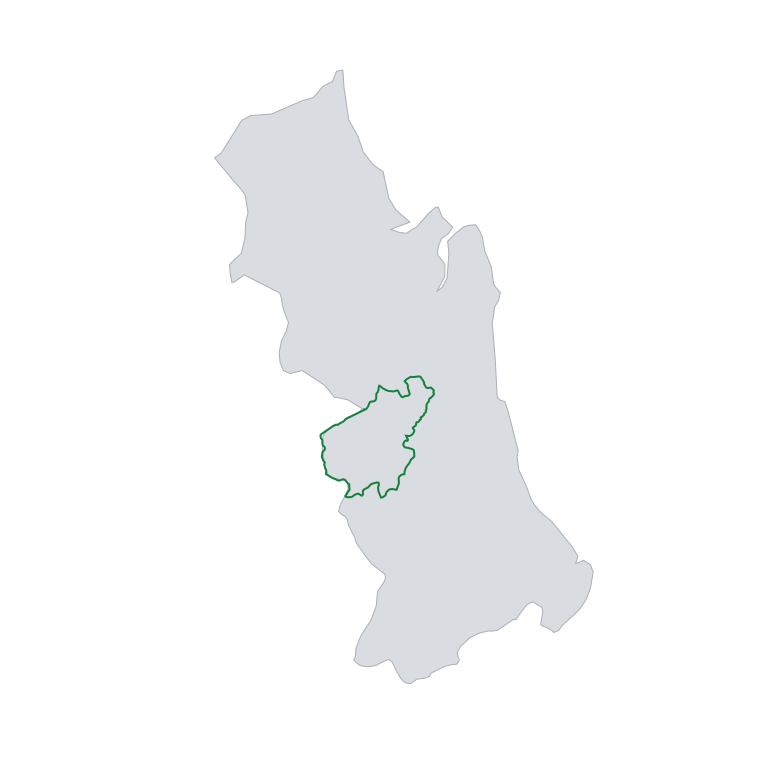 location of Castelo Branco within Portugal, rotated 152°
{"feature_id": "PRT-751", "entity_name": "Castelo Branco", "entity_type": "District", "adm_level": 1, "iso_a3": "PRT", "parent_name": "Portugal", "parent_adm1": "", "projection": "robinson", "projection_center": [-7.603, 39.986], "detail": "fine", "context": "in_parent", "style": "outline", "palette": "green", "viewbox_px": 768, "rotation_deg": 152, "n_neighbors": 0, "source": "natural_earth", "source_scale": "10m", "svg_char_len": 5570}
<svg xmlns="http://www.w3.org/2000/svg" viewBox="0 0 768 768"><g transform="rotate(152 384 384)"><path d="M297.2,107.2L306.1,99.3L315.0,94.2L319.9,92.3L340.3,87.0L345.6,84.4L350.6,84.8L351.5,87.3L354.3,92.3L357.6,95.7L358.5,98.2L350.5,108.8L349.4,112.4L353.5,119.3L354.3,121.3L356.3,122.2L361.8,121.9L371.6,117.5L378.2,113.9L380.5,115.4L399.8,113.3L404.4,115.0L407.4,116.8L416.9,119.4L427.2,119.7L440.0,116.1L445.6,112.5L446.6,108.5L446.9,105.5L448.6,103.6L451.5,102.5L456.0,104.5L462.5,106.1L478.1,106.7L481.2,104.5L486.5,105.2L493.5,107.9L501.5,107.0L505.6,110.4L507.3,115.0L507.8,124.8L507.3,134.7L508.9,138.4L514.4,139.3L523.2,139.2L531.1,141.9L537.3,146.6L539.4,151.4L540.3,154.7L537.2,156.6L533.0,163.7L522.3,172.9L506.8,181.3L495.1,191.6L487.0,204.0L476.8,209.3L473.7,212.1L472.5,215.5L479.3,230.7L481.4,242.4L483.1,256.8L482.1,260.8L481.6,276.6L480.0,281.3L480.4,285.0L482.9,289.0L484.0,292.9L479.4,297.8L470.9,303.5L464.6,308.6L462.9,313.3L463.3,316.2L474.0,326.2L476.0,330.2L474.5,340.1L468.4,356.4L462.6,366.3L461.6,367.3L454.8,370.1L422.6,370.2L414.8,372.4L415.9,374.4L423.5,387.1L431.4,393.9L434.0,395.4L436.9,410.3L449.7,434.1L462.1,437.4L466.5,443.3L465.7,451.7L461.9,460.8L454.3,470.2L445.2,476.8L439.3,483.4L438.8,491.0L436.9,500.7L434.1,508.3L433.4,513.5L456.2,545.9L468.9,544.3L470.6,545.1L468.3,552.8L464.3,561.9L459.5,563.6L448.6,566.4L438.3,578.1L430.0,592.1L423.7,598.9L417.9,615.7L418.7,622.9L421.5,634.1L427.4,663.2L418.9,664.5L385.9,683.6L375.7,683.6L356.6,675.2L322.9,672.5L311.9,670.1L298.1,675.5L287.5,675.4L279.1,682.4L273.0,680.5L280.0,664.8L291.1,633.8L290.7,614.9L293.4,598.4L290.5,582.1L285.1,571.9L292.6,545.6L291.8,532.0L285.1,514.8L305.6,517.4L299.3,510.6L293.1,506.4L287.1,507.4L281.9,507.1L264.4,513.8L255.7,515.8L253.1,514.6L254.2,504.0L249.7,490.2L256.7,486.5L264.9,485.5L271.8,479.6L276.1,473.0L273.9,461.3L280.0,450.2L294.1,440.8L286.8,442.2L278.4,448.1L265.2,469.3L260.8,480.1L249.6,483.6L239.5,485.3L234.4,484.2L228.2,481.5L227.7,473.5L228.3,467.2L232.5,454.6L234.3,436.8L240.3,420.9L239.9,416.6L238.3,410.3L243.6,404.1L250.2,400.0L260.1,386.4L274.1,353.8L290.2,319.3L289.0,315.1L285.6,311.9L287.0,302.7L296.8,262.4L300.7,257.1L305.2,245.3L306.4,226.3L308.2,213.1L307.8,206.5L306.4,198.6L300.4,183.5L294.2,151.5L293.8,140.8L299.1,135.4L290.5,134.6L286.6,127.7L287.5,119.9L297.2,107.2Z" fill="#d9dde1" stroke="#a8b0b8" stroke-width="1"/><path d="M471.5,303.1L470.3,303.3L466.2,305.8L464.4,306.6L463.6,307.6L462.7,310.3L461.8,311.7L462.6,313.4L463.3,317.4L464.5,318.9L465.6,319.3L468.2,319.6L469.2,319.9L470.2,320.8L471.5,322.7L473.7,325.2L477.5,331.7L475.9,334.3L475.4,335.5L475.6,336.8L475.3,337.8L474.7,340.7L474.4,341.2L473.5,341.9L473.2,342.4L473.2,343.1L473.6,344.2L473.5,344.8L473.4,345.9L473.3,347.8L473.0,349.0L470.6,352.4L469.7,352.9L467.5,353.7L466.7,354.3L466.1,355.9L466.2,357.2L466.6,358.2L466.8,359.2L466.4,360.3L465.3,362.3L464.8,363.4L464.8,364.5L465.1,365.2L465.2,366.1L464.1,368.6L462.7,369.2L448.6,370.8L445.6,370.7L443.5,369.5L441.9,370.0L438.1,369.9L436.3,370.2L434.7,370.9L433.4,371.2L412.7,370.3L412.8,370.6L411.9,370.2L409.9,370.9L408.3,371.9L407.0,373.1L404.9,374.7L403.3,374.4L401.7,373.6L399.5,373.5L397.9,374.6L396.7,376.5L395.8,378.3L395.2,379.1L393.3,379.8L391.7,381.4L390.4,383.3L389.0,384.7L388.1,383.5L387.4,381.4L387.0,380.6L385.0,377.6L383.0,375.4L381.2,374.4L379.8,373.3L377.9,372.6L376.7,372.5L375.7,372.2L375.0,371.9L374.8,370.9L374.9,369.1L374.9,367.3L374.7,366.5L374.7,365.6L374.5,364.7L374.2,364.0L373.6,363.5L371.3,363.5L368.3,362.4L366.3,362.8L365.8,363.6L364.7,369.6L363.9,370.8L363.5,372.3L363.5,373.6L364.2,375.4L364.3,376.2L364.4,376.8L362.3,377.5L359.0,377.8L356.9,377.7L354.5,376.2L349.2,374.2L348.3,372.7L347.9,368.5L347.9,366.3L348.6,365.2L348.4,363.0L348.5,362.5L348.5,361.8L348.4,361.3L348.0,360.6L347.4,360.0L346.3,359.5L345.1,359.2L344.1,358.6L343.6,356.8L343.1,355.5L343.1,354.9L343.8,353.9L344.4,353.4L344.4,352.7L344.4,352.1L344.9,351.5L345.4,351.0L349.7,349.7L350.6,349.8L351.2,349.4L352.0,348.3L352.8,347.4L353.7,347.1L354.5,346.9L355.4,346.3L356.4,345.5L358.2,342.0L359.7,340.6L360.0,339.9L360.7,339.4L361.1,339.2L362.4,339.0L363.5,337.8L365.6,337.3L367.2,337.3L367.6,336.9L367.7,336.3L367.9,335.7L368.4,335.5L369.7,335.4L370.3,334.8L370.7,334.6L371.6,334.4L372.2,334.5L372.8,334.7L373.2,334.9L373.7,334.6L375.0,332.8L375.7,332.4L376.4,332.3L378.2,332.2L379.2,331.7L379.3,331.1L378.9,329.5L379.2,328.5L380.4,327.3L382.6,326.2L384.0,326.0L385.2,326.0L386.0,326.2L386.9,326.6L388.8,328.0L389.0,325.7L388.9,323.8L389.4,323.1L389.8,322.8L390.3,322.9L390.5,323.3L390.8,323.7L391.5,323.9L392.5,323.8L394.4,322.6L395.2,321.8L395.6,321.2L395.6,320.5L395.6,319.8L395.5,319.0L395.0,317.9L392.4,316.1L390.8,314.3L389.8,313.5L389.3,312.7L388.8,311.3L389.1,310.4L391.2,305.8L393.1,305.1L394.7,304.9L395.8,304.4L399.4,301.9L402.0,300.9L404.5,299.4L406.6,297.4L408.4,294.8L410.8,295.7L414.0,295.1L414.9,294.3L415.6,293.5L416.3,291.9L416.5,291.1L417.8,289.0L422.6,284.7L426.3,287.6L428.6,288.3L429.6,288.2L432.7,287.4L434.8,285.1L435.5,285.0L436.5,284.8L438.1,284.6L438.9,284.7L440.0,285.1L439.2,292.0L438.0,295.1L437.3,296.0L436.5,296.8L435.5,298.0L435.2,298.9L435.3,299.6L435.7,300.0L436.3,300.3L436.9,300.4L437.9,300.8L439.9,301.2L442.4,301.7L446.7,300.2L451.2,300.2L452.5,299.8L453.1,299.2L453.4,298.3L453.8,297.4L454.4,296.5L455.4,295.7L456.0,295.9L456.6,296.4L456.9,297.2L457.9,298.8L458.7,299.5L460.9,299.9L463.1,299.8L464.6,299.4L465.6,299.5L466.2,299.6L468.6,300.7L470.0,301.7L471.0,302.7L471.4,303.1L471.5,303.1Z" fill="none" stroke="#15803d" stroke-width="2"/></g></svg>